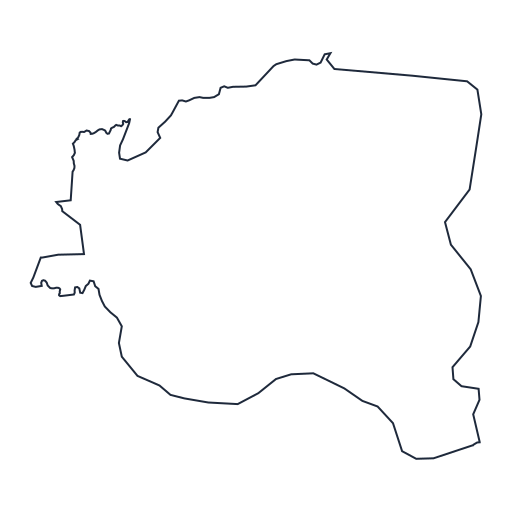 Gourma-Rharous, Timbuktu, Mali
{"feature_id": "8926073B81360088660364", "entity_name": "Gourma-Rharous", "entity_type": "district", "adm_level": 2, "iso_a3": "MLI", "parent_name": "Mali", "parent_adm1": "Timbuktu", "projection": "natural_earth1", "projection_center": [-2.501, 16.02], "detail": "fine", "context": "isolated", "style": "outline", "palette": "slate", "viewbox_px": 512, "rotation_deg": 0, "n_neighbors": 0, "source": "geoboundaries", "source_scale": "gbopen_adm2", "svg_char_len": 2716}
<svg xmlns="http://www.w3.org/2000/svg" viewBox="0 0 512 512"><path d="M330.4,53.2L324.7,54.3L320.6,62.6L316.5,64.6L312.7,63.6L309.4,60.3L294.6,59.5L286.4,61.1L276.3,64.2L273.5,66.1L255.5,85.3L246.2,86.6L233.0,86.8L227.8,87.8L224.2,86.3L220.6,87.8L218.9,94.2L214.1,97.1L209.3,97.9L203.3,97.9L199.5,97.1L194.3,97.9L189.0,100.4L185.9,101.5L182.2,100.4L178.9,100.7L178.8,100.9L172.0,113.5L171.9,113.6L171.0,115.3L165.1,121.7L158.4,127.7L157.6,132.1L160.2,137.9L145.7,152.4L127.6,160.5L120.0,158.7L119.1,152.7L120.1,145.4L123.0,139.2L129.1,123.3L130.0,119.2L129.9,119.1L129.3,119.3L128.2,120.9L127.9,121.9L126.2,122.2L124.7,121.1L123.9,120.9L123.1,121.0L122.9,121.9L122.8,122.2L122.8,122.3L123.2,123.8L123.2,124.0L122.6,124.8L122.3,125.3L121.1,126.2L120.7,126.0L119.6,125.5L117.8,125.5L116.2,124.9L115.1,125.7L114.0,126.9L112.2,127.7L111.0,128.5L110.9,129.1L110.6,130.2L109.3,132.8L109.0,133.5L107.5,133.8L106.3,132.8L105.2,130.6L103.9,129.9L102.0,129.1L99.5,129.4L97.8,130.4L97.4,130.7L97.2,130.9L95.8,132.0L94.0,133.1L92.5,133.7L91.8,133.8L90.7,133.9L90.5,132.6L89.7,131.8L89.1,131.1L86.6,130.5L85.1,131.4L84.1,132.0L82.4,131.8L80.7,131.9L79.7,132.6L79.3,134.9L79.1,135.4L78.4,136.9L77.9,137.9L76.6,138.8L76.6,139.0L77.3,139.3L75.7,140.2L74.5,142.1L72.9,143.7L73.6,145.5L74.0,147.1L74.6,150.1L74.7,151.4L74.9,152.8L73.8,155.2L72.1,157.1L73.7,160.9L73.8,163.3L74.5,165.9L74.4,168.0L73.6,170.1L72.6,171.7L70.7,200.3L56.2,202.0L57.7,203.9L59.0,204.9L60.8,206.1L62.1,209.0L62.3,211.2L80.1,224.8L84.0,254.1L58.2,254.7L42.6,257.5L40.8,257.5L33.3,277.6L30.7,282.9L32.1,286.0L35.7,286.9L41.7,285.9L41.2,282.8L42.0,280.8L43.4,280.2L45.1,280.7L46.7,282.6L47.7,285.5L50.2,288.0L51.8,288.3L52.8,288.3L54.1,288.3L56.3,287.7L58.2,287.8L59.4,288.3L60.2,289.3L59.7,291.6L59.8,293.2L59.1,294.2L59.1,295.3L60.2,296.1L63.3,295.8L73.9,294.5L74.7,292.7L74.6,290.4L75.1,287.4L77.3,287.0L79.3,288.4L80.2,292.7L82.5,293.1L84.3,289.7L85.8,286.0L88.4,283.8L89.9,280.6L93.6,281.3L95.2,286.2L98.5,288.9L99.5,294.8L101.9,300.9L104.8,306.5L110.4,312.3L116.9,317.6L121.8,326.3L118.9,343.0L121.8,356.7L137.5,375.9L159.5,385.5L170.5,394.9L184.4,398.4L208.3,402.5L237.7,404.1L258.3,393.2L276.0,379.0L291.2,374.3L313.3,373.3L344.3,388.4L362.4,400.9L377.6,406.5L393.0,423.2L402.1,451.2L416.2,458.8L433.5,458.3L472.1,445.5L472.3,445.4L472.9,445.4L473.4,444.8L474.1,444.3L476.8,442.7L477.1,442.5L478.4,442.4L479.7,442.3L479.7,442.1L473.2,414.3L479.5,399.8L478.6,388.8L461.5,386.2L453.4,379.2L452.5,367.2L470.2,346.5L478.4,322.1L480.9,296.0L470.7,269.3L450.9,244.7L445.0,222.1L469.6,189.5L476.0,148.8L477.5,139.1L481.3,114.3L477.4,89.6L467.1,81.3L441.5,78.7L412.3,75.7L334.4,69.0L326.7,59.5L330.4,53.2Z" fill="none" stroke="#1e293b" stroke-width="2"/></svg>